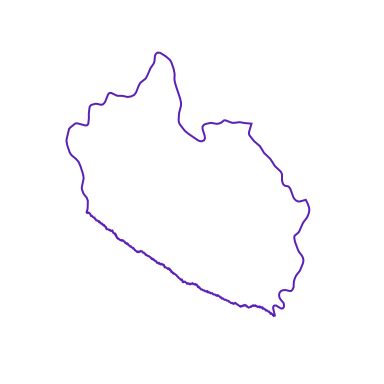 the district of La Laguna de Nisibón, La Altagracia, Dominican Republic, rotated 162°
{"feature_id": "3306468B28180088914928", "entity_name": "La Laguna de Nisibón", "entity_type": "district", "adm_level": 2, "iso_a3": "DOM", "parent_name": "Dominican Republic", "parent_adm1": "La Altagracia", "projection": "equal_earth", "projection_center": [-68.715, 18.868], "detail": "fine", "context": "isolated", "style": "outline", "palette": "violet", "viewbox_px": 384, "rotation_deg": 162, "n_neighbors": 0, "source": "geoboundaries", "source_scale": "gbopen_adm2", "svg_char_len": 5916}
<svg xmlns="http://www.w3.org/2000/svg" viewBox="0 0 384 384"><g transform="rotate(162 192 192)"><path d="M86.2,149.4L92.7,149.7L94.1,150.3L95.7,151.8L96.8,153.9L97.2,155.7L97.5,164.2L98.1,166.6L98.9,167.7L101.8,169.3L102.8,171.1L103.0,172.6L102.8,175.1L101.0,180.9L101.0,182.6L101.4,184.2L105.1,190.9L107.3,199.3L111.4,206.9L113.2,214.5L117.2,221.1L119.8,228.0L119.9,229.7L119.3,231.3L114.3,238.6L120.8,241.4L125.1,243.7L130.4,244.7L132.6,245.5L138.3,250.0L139.5,250.2L142.8,248.9L145.5,248.8L147.5,249.2L152.5,251.9L157.8,252.5L159.9,252.2L161.7,251.0L162.5,248.6L162.6,241.4L163.1,239.0L164.5,237.5L167.1,237.2L169.0,238.1L170.6,239.6L177.8,249.0L180.0,252.6L182.7,260.1L182.9,262.7L182.3,265.1L179.9,271.0L175.8,277.5L174.9,280.0L174.4,284.7L174.5,297.4L174.3,302.2L173.8,304.9L172.1,309.4L171.4,314.7L171.6,322.1L172.3,324.7L175.0,329.1L179.2,334.1L181.2,335.1L182.5,335.0L183.8,334.4L185.2,332.9L187.3,327.9L188.6,326.1L193.2,322.6L198.0,317.1L200.8,314.3L207.4,311.8L209.7,309.7L214.4,304.0L216.9,302.2L220.5,301.7L224.0,302.3L228.2,304.8L233.5,306.7L237.9,310.9L239.7,311.7L241.5,310.9L247.0,304.3L249.5,302.9L251.5,303.0L254.9,305.1L256.9,305.8L261.0,305.9L262.7,304.9L263.5,303.7L266.0,298.2L267.2,294.2L269.3,289.5L270.1,288.4L271.2,287.9L273.0,288.3L279.6,292.6L281.3,293.2L282.4,293.0L287.7,291.0L289.4,290.0L294.4,281.9L295.6,279.5L296.2,275.0L296.1,267.6L295.5,265.0L294.7,263.4L292.0,259.1L290.6,255.9L290.1,251.3L290.1,243.8L290.3,241.1L290.8,238.5L295.5,230.3L295.8,228.6L295.8,225.0L295.5,223.3L293.9,219.1L293.8,215.7L296.5,208.2L298.5,205.4L298.4,204.9L297.9,204.9L297.9,204.6L297.3,204.6L297.3,204.2L296.5,204.2L296.2,203.4L295.7,203.1L295.4,200.5L294.8,200.5L294.8,200.1L294.3,199.7L294.0,198.6L293.2,198.2L292.9,197.5L292.6,197.5L292.6,196.4L292.1,196.0L291.8,194.5L290.7,194.1L290.1,193.0L289.8,193.0L289.8,192.3L289.3,192.3L289.3,191.9L288.7,191.5L288.7,190.8L288.4,190.8L287.9,189.7L287.3,189.7L286.8,188.2L286.5,188.2L286.2,187.4L285.7,187.4L285.7,186.3L285.1,185.9L284.8,184.8L284.6,184.8L284.6,184.5L284.8,184.5L284.8,183.3L284.6,183.3L284.6,183.0L282.9,182.2L282.6,181.5L282.1,181.5L281.8,180.7L281.2,180.7L281.0,180.0L279.9,180.0L279.9,179.6L279.6,179.6L279.6,177.7L278.5,176.6L278.5,175.9L277.9,175.9L277.9,174.8L277.6,174.8L277.6,174.4L277.9,174.4L277.9,174.0L277.6,174.0L277.6,172.5L277.4,172.5L277.4,171.4L276.8,171.0L276.8,170.3L276.0,169.9L275.1,168.4L274.0,168.1L274.0,167.7L273.5,167.7L273.5,167.3L272.6,167.3L272.4,166.6L271.5,165.8L271.5,165.1L271.3,165.1L271.2,164.3L270.7,164.0L270.7,163.6L270.4,163.2L269.9,163.2L269.9,162.9L269.3,162.9L269.0,161.7L268.8,161.7L268.8,161.0L267.9,160.2L267.7,159.5L267.4,159.5L267.1,158.8L266.8,158.8L266.8,158.4L266.0,157.6L265.7,156.9L265.4,156.9L265.4,156.5L264.9,156.5L264.3,154.3L264.0,154.3L263.5,153.2L262.7,152.4L262.7,152.1L262.1,152.1L262.1,151.7L260.7,151.7L260.7,151.3L259.1,151.7L259.1,151.3L257.7,150.9L257.4,149.5L256.4,149.1L256.3,148.3L255.5,147.6L255.5,146.5L254.6,146.1L254.1,145.0L253.0,144.6L252.7,143.9L251.6,142.7L251.6,142.0L251.0,141.6L251.0,140.9L250.5,140.9L250.2,140.1L249.6,140.1L249.4,139.4L249.1,139.4L248.8,138.3L247.7,137.5L247.4,136.0L247.1,136.0L246.9,135.3L245.5,134.9L245.5,134.2L245.2,134.2L245.2,133.8L244.6,133.8L244.1,132.7L243.8,132.7L243.8,133.1L243.0,133.1L242.2,131.6L241.6,131.6L241.6,131.2L241.3,131.2L241.3,129.3L241.0,129.3L241.0,128.6L239.9,128.2L238.8,126.4L238.3,126.4L238.3,126.7L238.0,126.7L238.0,126.0L237.2,126.0L237.2,124.9L236.9,124.9L236.6,123.8L236.3,123.8L236.3,122.3L235.8,122.3L235.8,121.9L235.2,121.5L235.2,120.8L234.9,120.8L234.7,120.0L234.1,120.0L233.0,118.2L232.5,117.8L232.2,116.3L231.6,115.9L231.3,114.5L230.2,113.3L230.2,112.6L229.4,112.2L229.4,111.9L228.8,111.9L228.8,111.1L228.6,111.1L228.6,109.6L228.3,109.6L228.3,109.2L227.7,109.2L227.7,108.9L226.4,108.9L225.5,107.4L225.0,107.0L225.0,106.3L223.9,106.3L223.9,105.9L222.7,105.5L222.7,105.1L221.6,105.1L221.6,104.8L219.7,105.1L219.4,104.0L218.0,103.7L218.0,103.3L217.2,103.3L216.9,102.5L216.4,102.5L216.4,102.2L216.1,102.2L215.8,100.3L215.5,100.3L215.5,99.9L215.0,99.9L215.0,99.2L214.4,98.8L214.4,98.1L213.9,97.7L213.6,96.6L212.5,96.2L211.9,95.1L210.8,94.7L210.3,93.6L208.9,93.2L208.9,92.9L208.1,92.9L208.1,92.1L207.8,92.1L207.8,91.7L206.7,91.4L206.7,91.0L205.8,90.6L205.6,89.9L203.9,89.5L203.4,88.0L201.7,87.3L201.1,86.2L200.3,86.2L200.3,85.8L199.8,85.8L199.8,85.4L198.9,85.4L198.6,84.7L197.8,83.9L197.8,83.2L197.0,82.8L197.0,82.4L196.4,82.1L196.4,81.3L195.3,81.0L194.5,79.5L193.1,79.1L192.5,78.0L190.9,77.2L190.9,76.5L189.5,75.0L189.2,74.3L187.8,73.9L187.8,73.5L187.0,73.1L187.0,72.8L186.7,72.8L186.7,73.1L185.3,73.1L185.3,72.8L184.8,72.8L184.2,71.6L183.4,70.9L183.4,70.5L182.6,69.8L182.0,68.7L181.5,68.7L181.2,67.9L180.1,67.9L180.1,68.3L179.5,68.3L179.5,67.9L178.7,67.9L178.7,68.3L177.0,68.3L177.0,67.9L176.5,67.9L176.5,67.6L175.4,67.2L175.4,66.4L175.1,66.4L174.0,64.6L171.5,64.6L171.5,64.9L169.3,65.3L169.3,64.9L168.4,64.9L168.4,64.6L167.0,64.6L167.0,64.2L166.5,64.2L166.2,63.5L165.7,63.5L165.1,62.3L163.7,62.3L163.7,62.0L163.2,62.0L163.2,61.6L162.6,61.6L162.6,61.2L161.5,60.9L161.5,60.5L160.7,60.5L160.7,59.4L160.4,59.4L160.4,59.0L159.3,58.6L159.3,58.2L158.5,57.5L158.5,56.8L158.2,56.8L158.2,56.4L157.1,56.0L156.2,54.5L155.7,54.5L155.4,53.4L154.9,53.0L154.9,52.3L154.6,52.3L154.6,51.9L154.0,51.9L153.7,51.2L153.2,50.8L153.2,50.1L152.9,50.1L152.6,48.9L151.4,48.9L150.8,56.0L150.4,57.4L149.4,58.4L148.2,58.5L147.1,58.0L143.8,54.2L142.7,53.4L141.4,53.3L140.0,54.5L139.3,56.7L139.3,58.3L141.2,63.1L141.4,64.8L141.0,67.3L139.8,69.2L138.0,70.3L135.9,70.5L133.2,69.8L129.3,67.4L127.9,67.4L126.7,68.0L124.8,70.1L122.8,75.3L120.6,78.5L118.5,80.6L113.6,83.9L108.3,90.2L107.2,92.4L106.8,94.9L107.1,97.4L108.7,101.8L109.1,104.4L109.4,112.8L108.9,117.0L107.8,118.8L103.6,120.4L102.4,121.2L95.9,128.4L90.4,132.3L87.7,135.4L86.0,138.5L85.5,141.1L85.5,144.8L86.2,149.4Z" fill="none" stroke="#5b21b6" stroke-width="2"/></g></svg>